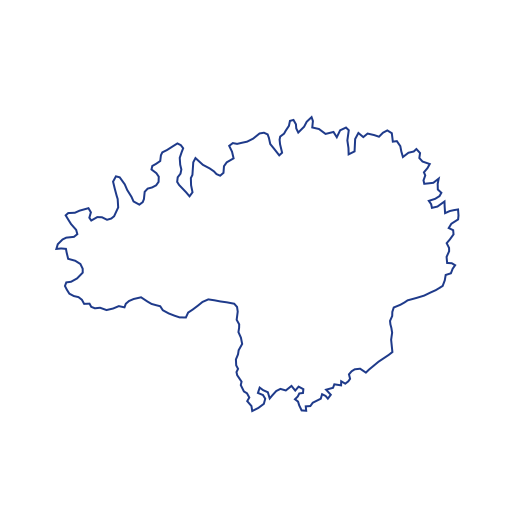 outline of Pato Branco, Paraná, Brazil, rotated 283°
{"feature_id": "56859067B2148871649171", "entity_name": "Pato Branco", "entity_type": "district", "adm_level": 2, "iso_a3": "BRA", "parent_name": "Brazil", "parent_adm1": "Paraná", "projection": "robinson", "projection_center": [-52.664, -26.152], "detail": "fine", "context": "isolated", "style": "outline", "palette": "blue", "viewbox_px": 512, "rotation_deg": 283, "n_neighbors": 0, "source": "geoboundaries", "source_scale": "gbopen_adm2", "svg_char_len": 4017}
<svg xmlns="http://www.w3.org/2000/svg" viewBox="0 0 512 512"><g transform="rotate(283 256 256)"><path d="M121.3,274.7L120.2,278.1L116.6,281.3L112.6,280.1L108.8,285.3L104.1,287.2L108.5,292.5L113.7,296.9L119.0,297.1L122.1,294.1L123.0,288.7L128.6,289.2L126.9,293.1L125.9,298.2L120.3,301.4L123.8,303.2L129.0,306.1L132.0,309.7L131.7,315.3L137.4,319.8L133.7,324.5L138.3,326.9L136.9,332.1L133.1,332.6L131.8,329.1L128.5,328.3L125.2,326.2L123.6,329.7L120.2,331.7L115.8,335.2L116.5,339.7L120.7,338.3L122.0,342.7L125.8,344.3L131.5,351.2L136.2,351.5L135.3,355.3L133.2,358.1L137.6,360.1L141.5,354.4L144.9,360.7L148.6,361.2L149.1,368.0L153.1,367.2L151.7,371.7L154.6,374.1L157.5,375.3L161.6,373.2L165.2,375.1L167.8,377.7L169.6,382.8L167.1,389.3L170.8,391.7L180.6,399.2L189.4,407.5L193.1,410.5L204.8,406.5L211.9,405.9L216.3,404.1L219.7,402.3L222.9,401.2L228.2,402.2L232.2,401.4L236.8,401.8L241.0,407.7L244.2,411.2L246.9,413.7L249.3,418.2L251.3,421.9L255.2,428.7L259.8,434.4L263.2,438.9L268.8,444.6L274.7,445.4L280.2,445.1L283.0,449.8L287.9,450.5L291.8,452.1L293.0,448.4L292.2,443.8L298.0,441.9L304.1,443.1L307.3,442.3L311.4,438.9L315.6,441.1L321.5,443.6L325.5,442.3L326.6,437.5L331.4,439.1L337.1,444.7L341.0,444.2L346.8,442.4L345.2,438.5L343.4,434.7L340.3,430.6L346.6,428.7L351.5,427.4L345.0,421.7L342.5,416.6L345.9,415.0L348.6,412.0L352.0,417.7L355.6,421.3L359.3,422.4L361.7,418.2L367.1,416.8L372.5,416.6L367.2,412.3L365.5,407.5L364.2,403.7L367.4,402.2L372.6,402.8L375.3,400.8L380.2,403.3L384.7,404.6L385.5,397.0L388.2,393.1L393.2,392.7L396.3,388.2L393.3,386.2L390.9,381.3L385.5,376.9L390.5,374.1L395.5,371.9L399.6,367.4L398.2,363.6L402.1,362.2L406.2,360.7L407.9,355.7L404.7,352.0L399.9,349.0L400.4,343.9L400.4,337.2L396.0,333.8L398.9,328.1L392.3,326.3L380.1,328.5L375.9,323.4L382.0,321.8L389.2,319.0L399.4,318.1L401.4,314.8L397.4,309.7L389.9,308.0L394.3,303.6L390.6,296.3L393.9,288.8L393.9,281.9L400.3,281.1L403.8,278.9L398.2,275.2L392.8,273.8L385.8,269.4L389.4,266.5L393.3,265.3L397.0,261.9L395.3,258.7L390.2,258.8L384.9,256.8L381.5,255.8L377.8,252.7L374.7,252.8L370.3,254.3L362.5,258.2L359.3,256.0L364.4,249.7L368.3,244.7L374.0,242.0L377.1,240.0L377.9,236.0L376.2,231.9L369.7,226.8L365.4,221.6L363.2,216.9L361.0,212.4L360.8,208.0L357.3,205.1L352.2,209.2L346.1,212.2L340.7,206.4L336.3,204.6L329.7,205.6L326.2,203.0L326.9,199.1L329.0,196.0L330.9,191.2L332.9,183.7L337.8,175.0L333.2,173.8L320.7,175.8L317.3,175.0L310.4,176.8L303.8,179.8L299.2,177.8L302.4,173.5L307.9,165.1L310.5,162.5L315.1,162.0L319.2,163.9L323.5,163.8L327.9,161.6L334.5,159.6L340.5,160.2L344.6,160.8L347.1,157.8L348.0,154.1L344.8,150.9L339.2,145.4L335.9,141.4L332.8,140.7L327.0,141.3L323.3,137.9L320.4,134.7L316.8,134.7L314.3,140.3L311.4,143.4L306.3,144.4L302.4,142.8L299.4,139.3L297.3,135.3L293.5,133.1L286.2,134.0L283.0,133.5L279.8,130.8L281.6,124.4L285.7,121.3L291.4,115.6L296.3,112.0L302.0,105.5L302.1,101.6L296.3,100.0L289.7,103.3L283.3,106.7L280.4,108.4L272.3,110.8L267.1,109.7L262.8,108.8L259.9,106.5L257.8,102.7L259.1,97.2L258.2,92.6L253.5,87.5L255.8,85.0L261.4,85.3L264.9,82.0L260.5,73.9L257.4,69.8L255.6,63.4L252.8,61.4L248.9,65.2L245.5,68.6L241.0,74.9L237.1,77.0L233.7,74.3L231.2,67.0L228.6,63.8L222.9,60.2L218.0,59.9L219.5,64.4L220.2,69.2L216.8,70.7L211.0,73.6L210.7,80.9L208.7,86.7L204.6,90.0L200.8,90.9L193.9,86.7L189.3,81.6L187.6,77.1L183.8,76.6L180.7,79.2L177.3,82.6L176.0,87.5L176.0,92.3L174.2,96.2L170.7,99.3L172.1,104.5L169.4,106.9L168.8,110.8L170.5,115.7L169.7,122.5L172.7,128.6L176.3,133.6L176.4,139.4L180.2,139.9L183.6,142.4L186.6,146.5L189.9,153.3L187.2,160.5L185.8,165.0L185.6,169.7L185.5,174.0L182.2,177.4L180.4,183.9L179.5,190.1L179.0,195.3L180.3,201.5L185.6,202.6L189.6,206.4L194.6,210.6L199.2,214.2L203.0,219.3L203.5,225.6L203.7,231.5L204.3,238.0L204.6,245.5L202.1,249.0L197.7,250.7L189.5,251.5L185.6,255.0L182.2,255.7L177.9,256.0L173.0,259.7L167.2,262.3L160.3,260.3L156.1,260.6L150.7,259.7L145.0,261.3L142.0,263.9L138.5,263.1L135.6,264.5L130.3,270.2L126.8,270.2L121.3,274.7Z" fill="none" stroke="#1e3a8a" stroke-width="2"/></g></svg>